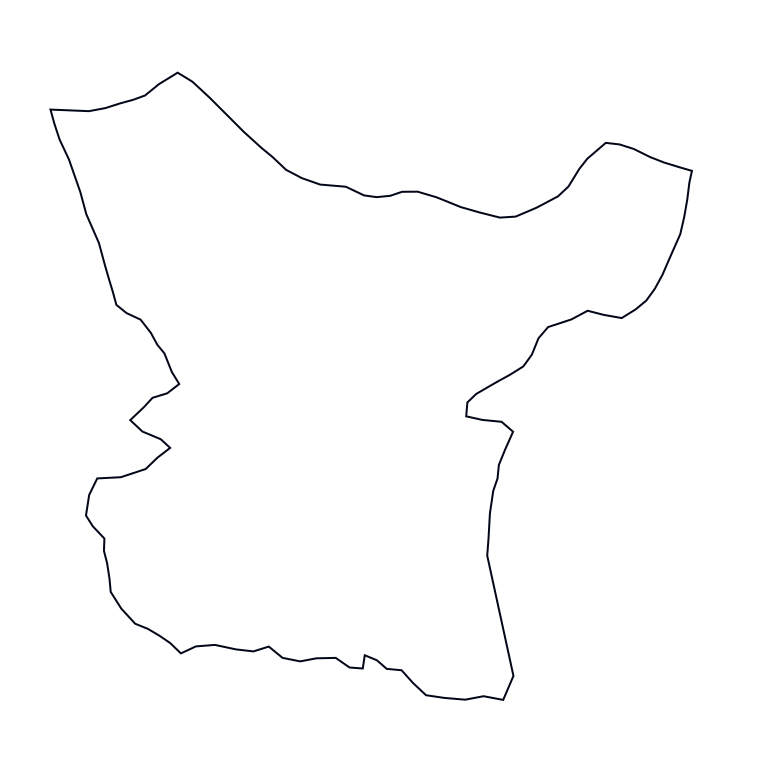 São José, Santa Catarina, Brazil (Natural Earth projection), rotated 267°
{"feature_id": "56859067B94566880150120", "entity_name": "São José", "entity_type": "district", "adm_level": 2, "iso_a3": "BRA", "parent_name": "Brazil", "parent_adm1": "Santa Catarina", "projection": "natural_earth1", "projection_center": [-48.654, -27.59], "detail": "fine", "context": "isolated", "style": "outline", "palette": "ink", "viewbox_px": 768, "rotation_deg": 267, "n_neighbors": 0, "source": "geoboundaries", "source_scale": "gbopen_adm2", "svg_char_len": 1787}
<svg xmlns="http://www.w3.org/2000/svg" viewBox="0 0 768 768"><g transform="rotate(267 384 384)"><path d="M126.7,222.4L123.8,239.6L127.8,255.2L115.8,268.4L111.4,285.8L113.6,302.2L113.0,321.5L102.7,334.7L101.0,347.9L114.1,350.6L108.5,362.4L99.4,371.8L97.2,386.6L83.9,397.3L71.0,409.7L67.4,427.6L64.5,448.6L67.0,467.1L62.3,486.5L85.7,498.0L207.2,478.1L224.3,480.3L249.2,483.0L271.6,487.5L283.6,492.4L297.2,494.5L312.1,501.5L329.6,510.4L340.1,499.4L343.0,480.3L347.4,464.4L361.2,466.3L369.2,475.5L375.4,487.5L381.0,498.6L386.7,510.4L394.3,524.1L405.6,533.2L421.6,540.7L432.3,550.9L438.7,574.6L446.5,591.2L441.6,606.8L437.4,624.8L445.4,639.3L453.6,650.3L465.0,659.5L478.5,667.8L497.4,677.2L518.1,687.7L534.9,692.5L552.3,696.5L569.2,699.5L580.7,702.7L585.2,689.8L590.5,675.3L596.7,661.6L605.6,645.8L610.9,631.8L613.2,618.1L598.3,598.8L588.7,590.4L571.6,578.6L562.3,567.6L552.1,545.6L544.3,524.3L544.1,508.5L550.5,487.8L556.7,469.8L567.6,446.5L574.3,427.6L575.0,412.1L571.6,400.0L571.0,386.3L573.4,373.9L583.0,356.2L586.5,330.7L593.9,312.7L603.0,297.4L616.1,285.0L625.7,274.5L643.0,257.3L678.8,225.1L695.9,208.5L705.7,194.2L695.2,174.9L684.6,160.4L681.0,148.6L678.1,135.4L674.1,120.1L671.9,103.7L675.5,65.3L661.0,68.5L645.2,72.8L624.8,81.1L591.5,90.8L569.2,95.6L539.7,106.7L517.4,111.5L503.7,114.7L489.4,118.2L477.0,120.9L468.3,130.6L461.0,144.3L447.2,153.9L435.2,159.6L426.1,166.3L407.2,172.7L394.7,179.5L386.1,167.1L382.3,152.1L373.6,143.2L361.2,128.7L349.2,140.2L340.5,158.2L331.4,167.1L322.3,153.9L311.6,141.6L304.7,116.3L304.7,92.7L288.7,83.8L268.3,79.5L257.2,85.7L244.3,96.7L232.0,95.6L219.6,98.1L203.8,99.7L190.7,100.2L173.4,109.9L157.6,123.0L151.8,135.4L144.5,146.4L136.5,156.9L125.6,167.1L131.8,182.4L132.3,201.5L126.7,222.4Z" fill="none" stroke="#020617" stroke-width="2"/></g></svg>